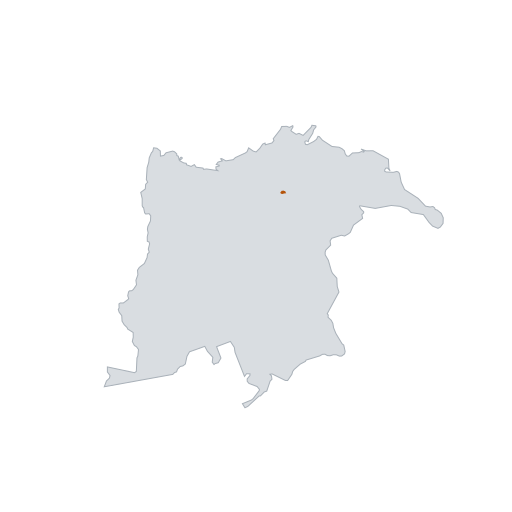 Guatapé, Antioquia, Colombia shown in context, rotated 69°
{"feature_id": "7082276B10877531566234", "entity_name": "Guatapé", "entity_type": "district", "adm_level": 2, "iso_a3": "COL", "parent_name": "Colombia", "parent_adm1": "Antioquia", "projection": "orthographic", "projection_center": [-75.163, 6.253], "detail": "fine", "context": "in_parent", "style": "filled", "palette": "amber", "viewbox_px": 512, "rotation_deg": 69, "n_neighbors": 0, "source": "geoboundaries", "source_scale": "gbopen_adm2", "svg_char_len": 4480}
<svg xmlns="http://www.w3.org/2000/svg" viewBox="0 0 512 512"><g transform="rotate(69 256 256)"><path d="M291.4,80.4L286.7,82.4L277.3,84.9L271.0,95.6L266.6,97.5L261.2,103.8L257.3,111.6L254.3,127.6L246.3,141.1L247.0,141.7L250.2,141.1L253.2,139.6L254.3,140.0L255.4,142.4L259.1,143.0L262.1,153.9L267.7,159.5L268.4,161.6L269.1,166.1L267.2,168.9L266.6,178.9L268.4,181.4L272.6,182.4L275.4,188.6L277.2,190.1L279.8,191.0L285.9,190.0L297.0,191.0L299.5,190.8L305.7,188.5L313.6,191.1L319.4,191.5L335.4,210.2L337.0,209.7L339.0,210.7L343.0,208.8L346.4,208.4L350.9,209.3L356.9,209.2L368.8,207.1L370.6,206.0L377.1,207.0L379.1,208.4L380.1,211.9L379.3,214.1L377.1,216.3L375.9,219.1L375.7,222.6L374.5,225.1L372.4,226.8L371.6,229.2L372.1,232.3L371.1,246.5L372.1,247.7L372.8,253.5L375.6,261.1L377.0,263.2L379.3,264.9L383.6,271.1L382.7,273.2L371.9,283.2L371.4,285.4L373.5,284.5L376.8,285.3L377.9,287.7L386.0,294.4L385.9,297.0L388.2,302.0L387.8,303.2L393.5,317.6L393.7,320.7L389.0,321.6L388.8,311.9L388.2,309.9L382.9,301.3L381.8,300.6L378.3,301.7L372.5,308.2L369.8,309.1L367.6,308.3L365.4,304.5L363.9,303.8L362.5,307.0L364.3,309.9L338.5,310.1L333.5,309.0L326.6,310.5L326.5,325.3L338.7,325.3L342.1,329.5L341.8,332.9L342.3,334.1L339.4,334.9L335.1,332.6L327.6,335.5L322.0,336.2L321.6,352.4L324.9,356.4L331.5,360.7L332.4,363.6L332.0,366.4L333.5,369.8L335.7,371.7L335.6,373.8L336.7,376.1L323.7,444.5L319.1,440.4L317.5,436.6L315.3,435.1L311.0,436.3L306.3,434.5L321.4,411.2L320.9,409.1L308.4,403.6L307.1,402.2L301.2,399.2L297.9,400.1L296.0,401.6L291.5,402.1L287.8,399.7L283.4,398.1L278.2,402.0L276.6,402.0L272.9,403.7L268.8,404.4L263.6,402.7L259.4,403.9L256.5,403.7L255.4,402.4L251.6,401.1L251.2,399.5L252.3,396.6L250.7,391.0L250.1,390.1L247.2,390.0L243.9,387.9L243.2,386.7L243.9,384.4L243.3,382.5L240.1,377.9L235.6,376.8L231.2,373.0L226.8,371.7L224.8,369.0L223.0,362.9L218.4,358.2L215.3,356.6L214.2,354.3L211.0,354.1L206.6,351.0L204.6,350.8L203.3,352.2L199.2,350.7L195.7,348.4L192.1,347.8L189.7,346.4L185.5,342.0L180.8,339.9L178.2,340.6L177.3,343.9L175.8,344.5L170.4,343.6L169.6,344.3L168.2,344.2L161.7,341.7L155.3,340.8L153.7,335.3L149.5,333.3L148.3,330.7L145.4,331.0L134.5,326.0L130.0,322.5L126.1,320.5L122.1,316.6L121.4,315.0L118.3,312.8L119.9,309.9L123.6,307.7L128.5,309.4L129.1,306.0L127.4,303.0L128.2,296.2L129.5,294.7L132.2,293.4L133.9,293.9L134.9,292.8L138.9,293.3L140.1,292.8L143.2,290.1L144.5,287.9L145.9,288.2L149.1,284.5L148.6,280.8L151.7,280.0L154.9,274.0L156.3,273.9L157.0,271.0L162.6,261.1L160.6,262.2L158.4,261.5L158.8,258.2L158.1,257.8L156.3,260.3L154.7,257.7L155.1,253.4L152.6,254.2L152.7,253.2L156.4,250.0L157.9,242.7L156.7,240.0L156.0,229.0L155.4,226.9L152.4,224.1L157.1,221.0L158.9,218.6L156.7,213.7L153.9,209.6L153.8,207.1L155.5,207.4L156.2,200.6L154.7,197.9L152.7,197.9L146.5,187.7L144.3,185.6L146.0,180.8L147.9,178.7L147.5,175.0L148.8,175.2L151.4,178.5L152.5,178.0L156.8,174.9L156.9,171.9L160.3,168.8L155.6,158.5L154.0,156.9L155.9,153.5L157.0,153.7L158.9,157.0L161.8,159.1L166.1,164.9L168.0,166.2L166.7,167.5L166.4,168.8L167.0,169.6L169.5,169.8L170.5,168.2L169.8,161.2L168.8,157.7L166.5,155.2L167.3,154.1L171.7,152.5L181.0,145.8L184.2,139.5L186.6,137.3L189.4,135.8L192.7,136.1L195.3,135.4L196.1,133.4L194.4,129.0L196.4,123.0L196.3,120.0L197.6,118.2L197.2,117.5L193.8,119.6L197.3,115.5L199.7,109.0L213.1,97.7L221.8,100.5L224.6,100.3L221.0,101.7L220.5,103.3L221.7,105.0L223.0,105.5L224.2,104.4L227.1,97.8L227.5,94.2L228.8,92.9L230.6,92.5L239.1,94.0L247.2,93.5L260.3,84.0L270.2,79.9L272.6,76.0L273.2,73.1L275.0,72.0L276.9,72.0L278.0,70.4L282.5,67.8L287.4,67.5L292.6,69.7L295.0,73.5L295.4,76.2L291.4,80.4ZM139.1,292.1L138.4,292.6L137.3,291.7L136.9,290.5L137.6,289.7L138.5,290.0L139.1,292.1Z" fill="#d9dde1" stroke="#a8b0b8" stroke-width="1"/><path d="M207.1,206.9L207.0,206.7L206.9,206.6L206.8,206.4L206.7,206.3L206.8,206.2L206.7,206.2L206.5,206.3L206.4,206.3L206.4,206.5L206.2,206.8L206.1,207.0L205.9,207.0L205.7,207.2L205.6,207.3L205.4,207.4L205.4,207.5L205.4,207.8L205.3,208.0L205.3,208.3L205.3,208.5L205.4,208.8L205.5,208.8L205.5,209.0L205.4,209.0L205.5,209.2L205.6,209.3L205.7,209.5L205.8,209.5L205.9,209.8L206.0,209.8L206.3,209.7L206.4,209.4L206.5,209.4L206.6,209.2L206.7,208.9L206.8,208.7L207.0,208.5L207.0,208.4L206.9,208.3L206.8,208.2L206.7,208.2L206.4,208.0L206.4,207.9L206.5,207.8L206.5,207.7L206.4,207.7L206.4,207.4L206.4,207.2L206.5,207.2L206.5,206.9L206.7,207.0L206.8,207.0L207.0,207.1L207.1,206.9L207.1,206.9Z" fill="#f59e0b" stroke="#b45309" stroke-width="1.5"/></g></svg>